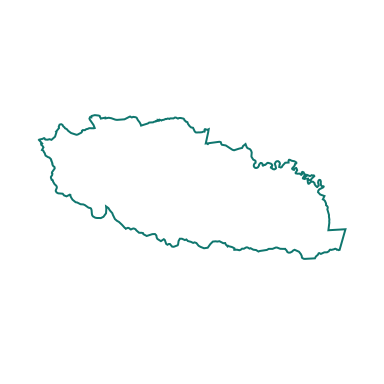 outline of I. L. Caragiale, Dâmbovita, Romania, rotated 328°
{"feature_id": "2599482B67879867779478", "entity_name": "I. L. Caragiale", "entity_type": "district", "adm_level": 2, "iso_a3": "ROU", "parent_name": "Romania", "parent_adm1": "Dâmbovita", "projection": "mercator", "projection_center": [25.703, 44.911], "detail": "fine", "context": "isolated", "style": "outline", "palette": "teal", "viewbox_px": 384, "rotation_deg": 328, "n_neighbors": 0, "source": "geoboundaries", "source_scale": "gbopen_adm2", "svg_char_len": 6004}
<svg xmlns="http://www.w3.org/2000/svg" viewBox="0 0 384 384"><g transform="rotate(328 192 192)"><path d="M286.5,319.3L302.4,304.9L287.4,296.7L292.2,290.8L293.0,289.3L293.9,288.2L295.1,285.4L296.0,284.1L297.6,278.4L298.7,277.4L299.1,276.7L299.1,275.4L298.7,274.3L299.6,272.7L300.0,270.0L299.6,268.3L299.1,267.6L302.2,265.6L299.4,262.1L298.8,258.9L299.8,257.8L301.4,257.2L305.6,257.6L306.5,257.3L306.6,257.0L306.5,256.8L305.2,255.9L305.0,254.7L305.7,253.0L306.9,251.2L307.1,249.9L306.4,249.2L305.6,249.3L304.9,249.7L303.8,251.0L303.1,253.4L302.7,253.8L301.4,253.8L300.9,254.2L300.7,254.1L300.2,252.3L300.1,250.5L300.6,249.4L300.1,247.5L299.4,246.9L298.1,246.4L296.1,246.9L295.4,246.9L295.1,246.6L295.2,245.6L296.9,242.0L297.5,242.2L297.2,243.1L297.4,243.5L297.8,244.1L299.2,244.8L300.4,244.1L304.1,243.4L304.2,243.1L304.1,242.5L302.5,241.5L302.4,241.2L300.5,241.1L298.9,238.8L297.5,239.2L296.3,238.8L295.2,240.8L294.3,240.6L293.3,239.4L293.3,239.1L293.6,238.8L296.0,237.7L296.4,237.8L296.7,238.2L297.7,238.0L297.8,237.7L296.7,236.4L297.1,234.6L296.5,233.6L295.7,233.5L294.8,235.1L293.9,235.4L293.4,234.8L293.3,233.6L291.3,232.5L289.9,231.2L289.9,230.8L290.2,230.5L292.7,229.3L293.0,228.2L293.1,226.9L292.4,226.6L291.2,226.7L290.2,227.3L289.3,226.1L289.2,225.6L289.4,225.1L293.1,224.0L294.1,222.9L295.6,223.0L295.9,222.7L296.1,222.2L295.2,220.3L293.0,218.2L292.3,216.9L291.6,216.2L291.3,216.1L290.5,216.6L289.5,218.2L286.6,216.6L282.9,217.6L281.4,218.4L280.3,218.3L279.2,217.0L280.7,215.2L281.3,214.9L281.8,214.1L281.9,212.8L281.3,211.4L279.9,210.8L278.8,211.0L277.1,212.0L276.7,214.0L275.9,216.3L275.1,216.6L273.7,216.4L272.8,215.5L271.8,213.1L272.3,212.7L273.0,213.1L273.6,212.2L274.2,211.9L274.3,210.9L273.9,209.7L271.9,207.5L271.3,207.3L268.7,207.8L268.0,207.7L267.7,207.3L266.2,207.3L266.1,206.6L266.6,205.6L266.6,204.9L266.2,204.2L265.5,203.7L263.5,204.3L262.5,205.3L261.0,206.0L259.7,205.9L258.5,205.2L258.2,204.6L258.0,203.4L258.2,202.6L258.9,201.7L260.1,201.0L261.4,200.9L262.1,199.9L262.3,199.1L262.1,198.6L261.1,197.0L261.1,193.9L261.3,193.2L263.6,190.1L264.0,188.4L264.0,187.3L263.8,186.3L262.3,184.2L262.2,182.6L262.8,179.7L259.6,180.1L257.9,181.2L255.0,180.2L249.8,178.9L248.7,177.7L245.3,170.4L242.4,167.8L242.3,166.8L242.8,165.0L242.3,164.4L241.8,163.9L232.1,159.5L230.8,159.8L230.6,159.5L230.6,158.6L229.4,158.1L237.3,150.0L239.4,147.6L237.9,147.4L236.4,145.6L235.8,145.7L235.3,146.9L234.6,147.4L234.2,146.9L232.2,146.6L230.2,145.6L226.9,143.6L226.4,142.2L226.9,138.1L225.5,136.8L224.9,134.9L224.7,132.1L225.1,130.3L224.1,129.1L224.1,128.3L223.6,127.4L223.9,126.3L223.7,125.3L221.6,123.2L220.2,122.4L219.0,122.3L217.8,120.4L217.0,119.8L215.4,119.8L212.5,118.0L211.6,118.1L210.5,116.9L208.8,116.5L208.4,116.1L206.3,115.8L204.7,115.1L204.0,115.2L202.9,113.6L202.1,114.0L201.8,113.3L201.1,113.6L200.8,112.7L200.1,113.3L199.0,112.7L198.7,113.0L197.3,112.4L195.9,112.3L192.5,110.4L190.9,110.5L184.0,108.7L184.4,107.0L184.5,105.1L184.2,102.3L184.4,99.7L183.8,98.7L181.9,97.1L180.5,96.9L180.1,96.4L179.7,95.4L179.2,95.1L173.3,94.6L166.6,91.1L165.3,90.0L162.7,86.7L160.7,84.9L157.6,83.7L157.9,83.0L153.6,81.4L153.8,80.5L153.7,79.8L154.0,78.5L153.1,77.5L150.3,75.3L147.1,74.3L146.2,75.4L145.3,74.5L144.0,75.3L143.7,76.4L144.0,82.9L143.4,86.2L142.6,86.0L138.6,83.4L137.0,83.2L135.6,82.7L133.9,82.8L132.1,81.6L131.1,81.8L130.8,82.5L129.6,83.0L125.5,82.7L124.3,82.2L120.7,77.9L119.4,74.5L119.1,72.3L118.1,70.7L118.1,69.6L117.6,68.1L117.7,66.4L117.1,65.3L116.5,65.0L115.4,64.7L113.6,66.0L113.1,67.3L108.7,68.8L108.9,69.3L105.2,72.5L100.5,73.3L99.1,71.7L97.2,71.1L95.4,69.8L95.3,69.5L95.4,68.4L95.1,67.9L93.3,67.7L90.1,66.6L89.8,66.7L90.6,71.3L89.5,71.2L89.2,72.3L89.6,72.8L89.7,75.4L87.0,76.9L87.8,78.1L87.6,79.9L87.7,80.8L87.1,83.5L88.3,86.0L89.3,87.3L89.8,89.6L89.4,90.2L89.5,90.8L89.1,91.5L89.1,92.8L88.7,93.3L88.6,94.3L88.1,94.8L88.1,96.6L88.6,97.7L88.5,98.3L88.0,99.3L83.9,101.0L83.2,101.7L83.3,102.5L82.4,103.5L80.3,104.5L79.8,105.4L79.7,106.7L79.4,107.1L79.5,107.5L80.1,108.0L80.1,108.5L79.7,109.4L79.6,112.5L80.2,114.7L80.1,115.9L79.6,116.8L77.5,118.3L77.0,118.9L76.9,120.6L77.8,122.2L81.4,124.9L81.7,127.1L83.3,129.2L87.0,129.5L87.3,130.2L86.8,130.9L86.6,132.6L86.6,135.2L87.9,139.0L89.1,140.1L91.0,143.3L93.3,145.0L94.2,146.3L95.9,150.4L97.2,151.7L97.6,152.5L97.2,154.2L95.5,157.5L95.0,159.0L95.1,160.2L96.3,162.5L97.4,163.5L100.9,165.8L103.8,166.1L107.8,164.5L110.4,160.9L111.5,158.7L112.6,161.3L112.6,164.2L113.2,167.7L112.8,169.4L112.3,174.1L113.1,176.7L114.2,178.7L115.3,182.9L116.0,186.9L116.4,187.4L116.4,188.1L118.3,188.3L118.9,188.6L119.7,189.7L120.0,191.0L120.3,191.4L122.1,191.6L123.2,192.0L123.8,192.7L124.4,193.8L124.4,194.8L125.5,198.5L127.8,200.0L128.7,201.0L128.4,202.0L130.3,205.3L136.0,206.7L138.3,208.0L138.6,209.1L138.7,210.0L137.9,212.0L137.8,213.5L139.6,217.2L143.1,217.1L143.5,218.4L142.6,222.3L143.2,223.7L144.7,223.8L145.7,224.4L146.2,227.8L147.5,228.8L151.6,229.6L152.6,228.9L154.6,226.5L156.9,225.2L158.7,226.3L160.5,229.0L162.1,229.3L162.5,231.4L164.6,233.6L166.0,235.8L167.5,236.1L168.7,237.6L169.1,241.1L170.2,243.1L172.4,246.1L175.8,247.6L179.9,245.9L183.4,245.1L186.0,246.4L187.1,247.4L189.2,248.3L191.4,252.0L193.1,252.9L192.8,254.5L193.2,255.7L193.3,257.0L194.1,256.8L194.3,257.3L196.6,259.7L197.7,261.4L198.1,262.3L197.6,262.7L197.2,263.4L199.6,264.8L201.3,266.5L202.6,266.8L204.5,266.6L205.9,267.6L208.4,267.7L209.2,268.0L209.8,268.6L210.8,270.5L211.9,270.7L213.4,273.4L215.6,275.2L216.8,277.7L218.1,277.9L224.8,280.8L227.0,280.9L230.2,282.9L233.6,283.5L234.7,284.2L236.8,287.0L240.9,289.6L240.8,290.1L241.2,291.3L241.1,293.6L241.9,294.7L243.1,295.4L245.1,295.6L246.9,295.2L248.4,295.4L251.1,299.4L251.4,302.5L251.1,304.6L250.6,305.5L250.5,306.3L251.4,307.9L252.4,308.6L261.1,313.4L262.8,312.4L265.6,311.9L266.9,311.1L267.6,311.3L268.5,312.8L272.2,313.3L274.6,314.7L276.5,314.8L278.1,314.1L278.6,314.1L279.4,314.9L281.7,315.7L283.4,316.0L284.2,317.1L284.3,317.8L285.1,318.2L285.4,318.9L286.5,319.3Z" fill="none" stroke="#0f766e" stroke-width="2"/></g></svg>